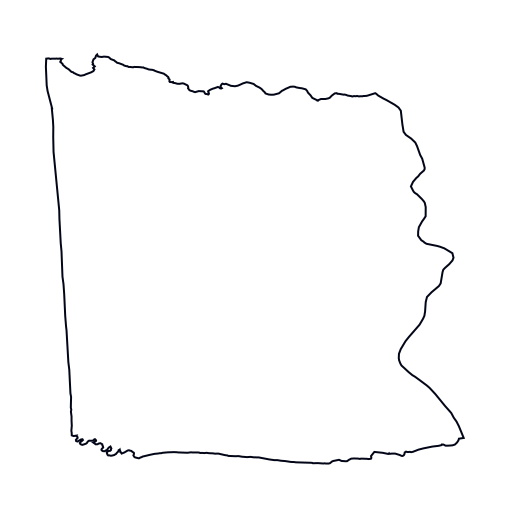 Bignona, Ziguinchor, Senegal, rotated 266°
{"feature_id": "50182788B19391387689457", "entity_name": "Bignona", "entity_type": "district", "adm_level": 2, "iso_a3": "SEN", "parent_name": "Senegal", "parent_adm1": "Ziguinchor", "projection": "equal_earth", "projection_center": [-16.329, 12.862], "detail": "fine", "context": "isolated", "style": "outline", "palette": "ink", "viewbox_px": 512, "rotation_deg": 266, "n_neighbors": 0, "source": "geoboundaries", "source_scale": "gbopen_adm2", "svg_char_len": 5832}
<svg xmlns="http://www.w3.org/2000/svg" viewBox="0 0 512 512"><g transform="rotate(266 256 256)"><path d="M427.5,242.9L429.9,238.0L429.6,236.3L430.3,234.6L429.8,233.8L428.1,232.6L427.1,232.5L425.8,233.6L425.5,232.9L425.8,231.8L426.5,231.3L427.3,229.8L426.2,226.0L426.0,224.8L425.0,221.9L423.8,219.8L423.5,219.7L421.4,220.4L420.7,220.1L420.4,219.6L420.9,218.6L421.1,217.3L421.5,216.6L423.7,215.5L423.9,215.1L424.5,210.4L423.7,206.7L424.1,205.6L424.8,204.2L425.5,202.1L426.3,201.0L428.1,199.9L429.1,200.2L430.4,199.9L431.1,199.4L433.1,195.9L433.4,194.5L433.1,191.8L433.3,189.6L434.1,187.4L434.5,185.5L434.8,185.1L435.4,185.2L435.3,184.0L435.6,182.2L436.2,181.8L438.1,182.1L439.3,181.0L439.8,181.2L440.7,180.9L441.4,180.0L442.5,179.1L442.9,178.4L444.3,176.8L446.7,170.4L448.1,167.4L448.4,167.2L449.0,165.4L449.3,163.3L449.7,161.7L450.4,160.3L451.3,157.8L452.0,156.7L452.0,155.6L452.4,153.9L452.7,151.7L453.1,147.6L452.8,146.5L453.4,143.5L453.4,142.3L454.3,140.9L454.2,140.7L454.7,139.0L455.3,137.6L456.0,136.9L457.9,132.7L458.4,131.0L459.4,130.0L460.2,128.9L461.0,128.3L462.6,124.8L464.1,123.5L464.9,122.2L465.5,118.3L465.3,115.9L465.8,113.4L466.2,112.3L468.1,111.6L467.0,110.4L464.8,109.5L463.5,107.6L460.7,106.4L459.0,106.9L458.4,106.4L456.4,108.4L455.0,106.6L453.4,107.8L451.8,106.7L450.7,104.3L449.0,98.5L448.5,97.4L448.1,94.3L448.2,93.1L449.7,89.7L450.7,88.2L451.1,87.2L452.0,86.4L452.6,84.7L455.4,82.1L456.9,79.9L460.2,76.6L461.2,76.4L463.3,74.3L464.3,75.0L465.6,74.9L466.2,76.0L466.7,74.5L466.6,72.0L466.9,70.8L466.8,69.8L467.1,66.1L466.9,64.5L467.3,64.0L467.6,62.7L467.5,60.5L459.5,59.6L440.7,59.1L435.1,59.6L417.5,62.9L417.5,62.6L405.8,62.9L398.9,62.8L388.7,62.0L373.9,61.3L315.2,62.9L306.8,62.5L282.5,62.1L274.1,62.3L248.9,61.5L241.4,62.0L231.1,62.0L209.7,61.5L199.1,61.6L195.2,61.8L163.3,61.4L155.6,61.8L132.0,61.3L128.3,61.7L117.7,60.7L115.6,61.0L113.5,60.5L108.8,60.8L104.4,60.5L99.5,60.4L94.4,59.6L92.6,59.8L89.9,59.7L89.1,61.5L89.3,63.7L89.2,63.6L89.0,64.3L88.7,64.4L88.5,65.1L87.0,65.4L85.1,63.5L83.9,63.7L83.4,65.0L85.2,68.7L85.3,70.1L84.5,70.5L83.5,69.2L83.4,68.6L82.4,67.9L81.8,67.2L80.8,67.6L80.1,68.5L79.7,69.7L80.6,73.2L81.2,74.2L82.6,75.2L83.4,76.6L83.1,80.2L84.0,81.6L84.3,81.8L84.5,82.3L84.4,82.8L83.2,83.6L82.6,83.4L81.7,81.8L81.2,81.2L80.9,81.3L80.9,81.1L79.3,83.0L79.3,84.9L79.9,86.0L80.1,87.7L78.9,89.5L77.5,89.6L77.1,90.0L75.6,90.2L74.4,88.7L73.4,88.3L72.7,88.7L72.0,89.8L71.8,91.6L72.5,92.6L72.8,93.7L75.1,95.7L76.1,97.5L74.1,98.3L73.5,97.9L72.4,97.7L71.8,96.8L71.8,95.5L71.4,94.7L70.9,93.8L70.1,93.4L68.1,94.0L67.4,94.6L67.3,96.0L66.9,97.1L66.9,98.3L67.4,100.9L67.8,101.4L68.3,102.6L69.2,103.3L70.4,104.7L71.4,105.4L71.9,105.5L71.9,106.2L72.3,106.6L71.1,106.8L70.4,107.2L69.8,107.0L69.2,107.7L68.3,108.2L69.2,111.0L70.9,114.4L71.1,115.7L70.7,116.5L70.2,118.2L69.4,118.8L68.3,120.4L67.2,120.5L65.6,119.8L64.1,120.6L63.5,121.4L62.4,124.8L62.4,125.4L63.1,126.7L63.3,127.9L63.8,128.7L65.1,136.6L65.7,140.9L65.8,144.7L66.0,146.3L65.9,147.6L66.2,149.1L66.3,154.2L66.1,160.3L65.8,163.1L65.5,164.5L64.5,173.9L64.7,177.5L64.4,179.1L64.1,184.2L63.8,185.8L63.4,186.5L63.3,189.0L63.0,190.5L63.1,193.0L62.6,195.2L62.1,199.5L61.7,201.1L61.5,204.7L59.6,210.9L59.0,213.6L58.5,214.5L57.7,221.5L57.6,224.7L56.8,227.8L56.0,233.0L56.0,236.4L55.3,239.9L54.9,244.6L52.1,255.2L51.1,260.0L50.9,263.0L50.0,266.7L49.4,270.8L48.1,276.6L47.8,279.6L47.4,281.4L45.9,296.3L45.7,297.6L45.3,298.3L45.1,303.2L44.3,308.7L44.4,310.2L44.1,311.1L43.9,314.1L44.2,315.4L45.7,317.5L46.1,318.6L46.9,324.6L45.6,327.0L45.0,331.1L45.0,332.6L46.1,334.3L47.2,336.9L47.2,339.6L46.8,343.6L46.3,345.6L46.5,346.1L46.4,348.1L45.9,352.7L45.6,354.0L45.6,355.3L45.8,356.6L46.6,357.0L48.4,356.8L52.3,360.4L50.8,368.8L49.3,374.1L49.3,374.6L49.8,375.0L49.5,375.2L49.3,375.8L49.4,377.4L49.2,381.0L47.5,385.4L46.5,387.2L46.3,388.0L46.5,388.8L47.0,389.6L48.1,390.3L49.6,390.6L50.4,392.0L50.0,392.9L49.8,394.0L49.9,395.9L49.7,396.2L49.5,397.3L49.7,398.8L51.5,404.6L52.4,409.5L53.6,418.7L53.9,425.0L54.4,427.9L55.0,428.2L54.8,429.9L53.6,431.8L53.4,434.7L53.4,438.6L54.0,441.2L55.8,443.4L57.8,445.0L59.6,445.7L60.0,450.5L72.1,446.5L76.8,444.5L80.9,442.0L85.8,439.8L93.5,433.9L105.7,425.3L112.4,419.9L114.9,417.4L124.4,406.3L126.2,403.7L129.5,400.2L136.6,393.5L138.7,392.5L141.9,391.5L144.2,391.3L148.5,391.8L153.0,393.9L160.6,399.2L164.5,402.8L176.1,414.4L181.8,418.3L184.6,419.8L188.8,420.8L198.2,422.1L203.2,423.7L207.6,428.6L213.3,436.4L215.8,438.3L227.0,441.0L229.3,441.9L231.1,443.9L234.4,448.2L237.9,451.7L240.5,452.9L245.1,452.1L250.5,444.4L252.4,440.2L253.4,437.4L256.3,426.9L257.8,424.8L258.5,424.3L260.2,422.0L264.9,419.1L269.3,419.5L273.4,420.5L278.9,424.1L281.4,426.2L283.8,428.0L292.9,428.7L297.1,428.1L298.6,427.4L301.3,425.4L306.4,420.9L307.5,419.3L308.8,418.0L310.3,417.2L314.6,415.4L319.0,417.8L322.6,421.3L324.2,423.4L326.5,425.4L329.6,429.5L331.0,430.3L332.5,430.4L341.4,428.6L345.4,426.8L354.4,424.3L358.1,422.8L362.3,419.0L366.3,414.0L369.6,411.9L377.2,411.2L390.8,410.6L394.2,408.5L397.2,404.9L402.6,396.8L404.1,394.2L407.6,389.0L409.4,387.3L410.1,386.3L408.2,378.4L408.0,377.0L408.1,374.3L407.9,373.2L408.1,370.9L408.0,369.9L408.6,367.9L408.4,366.7L408.7,364.9L408.4,363.1L408.8,362.3L409.7,358.5L410.4,357.2L410.9,355.5L410.8,354.8L411.9,350.4L412.2,348.4L412.8,347.9L412.7,345.9L410.7,342.8L408.7,340.6L408.2,339.2L407.8,336.3L408.1,331.8L407.3,329.5L407.1,328.3L406.7,328.3L406.8,327.9L407.5,327.2L409.8,323.2L412.5,321.6L415.4,319.2L417.0,318.6L418.8,317.2L420.1,313.5L420.5,311.4L421.4,307.9L422.1,306.6L422.4,304.8L422.4,302.1L420.7,297.3L419.2,294.1L419.1,293.6L416.7,290.3L415.7,285.0L415.8,282.5L416.2,279.9L417.5,276.8L418.8,276.1L419.9,275.0L422.3,273.1L423.8,271.2L425.7,267.9L427.8,265.6L429.3,261.6L430.0,258.8L429.1,255.0L428.0,252.1L427.2,249.8L426.8,246.9L427.5,242.9Z" fill="none" stroke="#020617" stroke-width="2"/></g></svg>